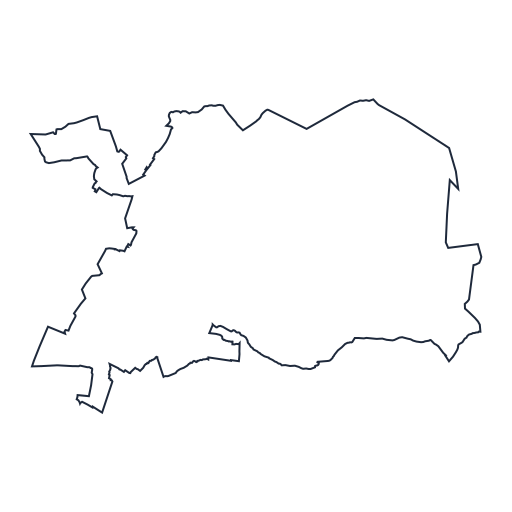 Amecameca, México, Mexico
{"feature_id": "50627088B19477271407019", "entity_name": "Amecameca", "entity_type": "district", "adm_level": 2, "iso_a3": "MEX", "parent_name": "Mexico", "parent_adm1": "México", "projection": "orthographic", "projection_center": [-98.751, 19.12], "detail": "fine", "context": "isolated", "style": "outline", "palette": "slate", "viewbox_px": 512, "rotation_deg": 0, "n_neighbors": 0, "source": "geoboundaries", "source_scale": "gbopen_adm2", "svg_char_len": 6022}
<svg xmlns="http://www.w3.org/2000/svg" viewBox="0 0 512 512"><path d="M449.1,148.0L405.0,119.4L379.0,105.1L377.6,104.0L373.3,99.4L369.1,100.9L366.1,100.2L363.0,100.8L360.0,100.5L357.0,101.8L354.6,102.2L347.6,105.7L306.6,128.9L268.4,109.9L267.3,109.7L265.5,110.7L262.8,113.1L261.5,114.7L260.3,117.3L258.8,119.1L257.1,120.4L256.4,121.2L250.2,125.6L242.9,130.3L237.2,124.7L235.8,122.4L228.5,113.9L225.5,109.8L223.0,105.6L219.8,104.9L217.8,105.1L215.4,105.8L213.0,105.7L211.8,105.3L209.1,105.5L207.6,106.1L205.2,106.2L204.2,106.5L201.7,109.5L198.0,112.1L195.6,112.4L192.1,112.2L189.3,113.5L185.8,111.3L182.6,111.2L180.6,112.7L180.0,112.0L178.8,111.4L176.3,111.1L174.3,111.5L172.9,112.3L171.9,111.9L171.1,112.0L169.8,112.9L169.0,114.6L168.8,116.1L169.0,116.8L170.3,120.0L170.2,121.2L168.8,123.4L166.3,125.8L171.0,126.6L172.2,127.4L172.4,128.0L171.0,129.5L169.7,134.1L168.0,138.1L166.0,141.9L161.4,148.3L158.5,151.4L157.1,152.0L156.0,152.2L155.5,152.7L154.3,155.0L154.3,156.2L153.0,158.2L154.2,159.1L150.2,164.4L150.0,164.7L150.4,165.1L147.6,168.6L146.7,167.2L145.3,169.5L146.4,170.1L143.2,174.6L144.6,175.6L128.8,183.9L126.6,178.1L126.6,176.7L122.2,163.8L126.3,158.4L125.8,157.1L127.1,155.3L120.5,149.7L119.2,151.6L118.5,151.8L117.3,151.4L115.9,146.4L110.2,130.9L100.3,129.1L97.1,116.3L91.6,117.1L88.9,117.9L83.4,120.1L76.7,122.5L74.0,123.2L68.5,123.9L65.4,126.7L61.4,129.1L57.5,129.1L56.5,129.4L55.9,133.8L55.7,134.0L54.7,134.0L53.1,132.3L45.6,134.5L30.7,134.0L38.8,146.7L39.9,148.8L39.9,150.9L42.1,154.7L44.4,157.3L44.4,158.9L45.0,161.5L46.1,162.3L48.9,163.1L54.1,162.3L61.4,160.5L70.1,160.4L74.2,158.3L76.3,158.2L87.1,156.4L87.9,157.3L88.3,158.3L93.5,164.1L95.1,165.0L95.7,166.0L97.6,167.5L96.3,168.3L95.6,169.3L94.4,172.8L94.1,174.3L93.9,176.3L94.3,179.3L96.6,181.4L95.5,182.7L95.5,183.0L94.6,183.5L92.8,187.1L92.7,187.8L95.4,189.3L95.1,190.8L94.8,191.3L96.3,192.2L99.0,188.0L99.4,187.7L100.9,189.1L107.0,193.0L111.8,195.4L112.9,194.2L116.9,194.5L119.6,195.1L123.2,196.3L125.0,195.8L127.4,196.2L129.4,196.1L131.0,196.4L132.4,196.2L131.6,199.5L125.1,218.4L127.2,228.2L132.1,227.3L133.6,227.3L132.5,228.6L132.9,229.3L134.0,230.0L135.8,230.2L136.5,231.0L136.3,233.4L131.5,242.3L131.0,244.8L130.5,245.5L128.3,244.1L127.3,246.1L127.8,246.8L126.7,246.6L124.5,251.3L123.3,250.8L119.9,250.3L119.5,251.1L116.0,249.4L115.0,249.4L115.1,249.0L111.5,248.5L109.3,248.3L106.0,248.8L105.1,250.9L97.6,264.2L101.9,273.4L100.9,273.9L99.4,275.2L92.2,275.9L91.1,276.7L85.7,283.5L81.9,289.5L85.4,298.4L80.9,303.7L74.0,313.4L75.5,315.3L75.5,316.5L70.4,325.8L68.5,330.6L65.5,330.0L64.5,331.6L65.1,333.7L48.0,326.7L39.6,346.4L33.9,360.7L32.0,366.4L41.8,366.1L57.4,365.3L71.9,366.1L78.8,366.2L80.1,365.6L87.3,367.2L89.4,367.2L90.2,367.6L90.5,368.0L91.3,368.1L92.1,368.6L92.2,369.7L91.7,372.7L92.5,374.2L91.1,385.3L88.9,396.2L77.6,395.1L77.4,397.1L76.7,399.3L78.3,400.2L79.6,402.2L80.0,403.5L80.4,402.7L81.2,402.5L82.1,401.8L87.6,404.6L92.5,407.5L92.7,406.6L102.1,412.6L112.4,381.5L111.7,380.3L111.2,380.0L110.7,380.1L110.7,379.2L109.0,378.2L109.7,375.1L108.9,374.5L109.5,372.4L109.2,371.7L110.3,369.6L110.2,369.1L110.6,368.1L110.0,366.3L110.1,365.7L109.6,363.9L118.5,368.3L119.4,369.4L119.7,369.3L120.4,369.6L123.9,371.9L125.2,370.2L129.3,373.0L130.3,373.1L130.7,372.1L135.2,367.8L136.6,368.9L137.8,369.2L140.1,370.9L143.2,367.8L144.6,365.3L145.7,364.1L146.4,364.0L147.2,363.0L147.9,363.3L148.4,363.1L148.5,362.3L149.3,361.8L149.7,360.9L151.4,360.7L151.9,360.0L153.2,359.7L155.0,358.5L155.7,357.3L156.7,356.8L157.3,357.2L157.1,357.5L163.5,376.8L164.2,376.3L164.6,376.4L165.4,376.1L167.3,376.2L168.4,376.0L175.0,373.3L175.8,372.9L176.8,371.4L178.2,370.3L180.4,369.0L183.7,367.8L187.3,365.6L188.9,363.9L189.9,363.5L190.4,362.7L191.9,362.9L193.2,361.3L194.0,360.9L195.1,361.3L196.2,362.1L197.3,361.6L197.4,360.9L198.7,360.7L200.4,359.9L201.8,360.1L203.0,359.4L204.8,359.3L206.2,359.1L206.8,358.7L208.3,359.5L208.4,357.4L231.0,360.8L231.0,360.1L238.9,361.2L239.5,354.2L239.4,351.4L239.6,343.1L239.0,343.8L238.3,344.1L236.1,343.9L234.5,344.4L232.4,344.3L232.5,341.6L232.0,341.5L231.3,341.8L229.4,341.3L228.9,341.5L228.1,341.1L225.8,340.7L224.3,339.8L223.6,339.9L222.3,338.6L222.2,337.0L222.0,336.5L221.3,335.7L219.9,334.9L216.1,333.9L209.3,333.1L212.7,325.0L212.7,324.5L213.7,325.5L216.2,327.3L217.0,327.3L218.6,326.2L220.4,325.9L223.0,326.9L226.5,329.0L230.7,331.3L231.6,331.4L233.0,330.3L233.7,330.2L235.0,330.8L236.0,331.9L237.1,332.5L238.5,332.4L239.6,332.7L240.6,334.5L241.3,335.2L243.5,335.9L245.8,337.5L247.5,340.5L247.8,342.4L248.2,343.2L249.2,344.2L250.8,346.8L252.8,348.2L253.5,349.5L257.3,351.3L258.3,352.4L259.9,353.1L260.5,353.9L264.4,356.3L268.8,357.7L269.1,358.3L272.7,360.0L274.8,361.5L276.5,362.1L278.6,363.6L279.8,363.7L280.6,364.1L281.7,365.3L285.5,365.1L290.0,366.0L294.9,365.7L298.8,366.9L301.3,368.2L303.1,368.8L306.2,368.5L308.7,369.0L310.6,369.0L315.0,367.3L315.1,366.0L316.4,365.5L317.1,365.5L318.2,364.9L318.7,364.0L318.8,363.1L317.4,362.2L317.6,361.8L327.5,361.0L329.0,360.8L330.3,360.2L332.5,358.0L333.0,356.8L333.9,355.9L334.4,354.8L337.9,350.4L341.8,347.3L345.1,344.0L347.5,342.8L348.9,342.7L350.0,342.3L351.5,342.4L352.3,342.0L354.8,338.0L358.6,338.0L363.9,338.4L366.4,337.9L376.6,338.9L382.3,338.6L386.6,339.8L392.5,340.4L394.3,340.0L399.4,337.6L402.2,337.2L407.8,338.7L410.7,339.3L413.1,340.6L416.6,341.6L421.1,342.2L423.3,342.0L425.1,341.3L429.0,340.7L429.6,340.2L430.6,340.0L431.0,340.3L434.5,343.9L435.9,344.5L438.3,346.2L443.2,352.8L445.8,355.3L445.3,355.6L449.0,361.3L453.0,356.7L455.9,352.2L457.3,349.7L458.0,347.7L458.2,345.2L458.6,344.4L461.5,342.8L462.5,342.1L464.7,338.7L466.5,337.6L467.1,336.3L468.2,335.2L469.1,334.5L471.8,333.8L472.5,333.2L474.9,332.9L476.0,332.5L478.2,332.3L478.8,331.6L480.4,331.7L479.8,324.7L478.0,321.5L474.9,317.9L468.5,311.7L465.0,308.6L464.8,303.9L467.4,301.6L469.0,299.5L473.5,265.1L475.7,264.6L479.3,262.8L480.7,259.3L481.3,256.9L477.8,244.1L448.2,247.9L445.8,242.4L447.1,213.8L449.8,180.1L458.2,188.9L455.9,171.5L449.1,148.0Z" fill="none" stroke="#1e293b" stroke-width="2"/></svg>